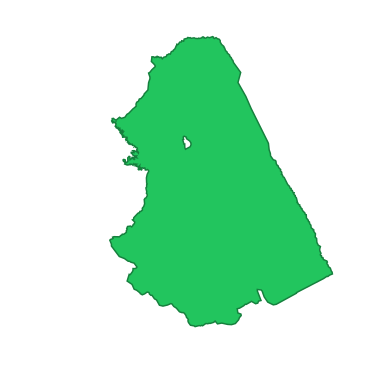 outline of Gokwe South, Midlands, Zimbabwe, rotated 242°
{"feature_id": "62879985B62286453442238", "entity_name": "Gokwe South", "entity_type": "district", "adm_level": 2, "iso_a3": "ZWE", "parent_name": "Zimbabwe", "parent_adm1": "Midlands", "projection": "mercator", "projection_center": [28.824, -18.131], "detail": "fine", "context": "isolated", "style": "filled", "palette": "green", "viewbox_px": 384, "rotation_deg": 242, "n_neighbors": 0, "source": "geoboundaries", "source_scale": "gbopen_adm2", "svg_char_len": 6072}
<svg xmlns="http://www.w3.org/2000/svg" viewBox="0 0 384 384"><g transform="rotate(242 192 192)"><path d="M53.3,213.7L53.6,236.7L54.1,236.9L54.1,239.6L53.8,267.4L54.2,271.5L53.6,272.2L54.0,274.4L53.7,277.5L55.5,278.1L56.9,277.9L59.9,278.4L62.1,277.4L63.6,277.8L65.3,277.5L66.2,277.8L66.5,278.6L67.7,278.7L70.7,276.3L72.6,276.8L73.4,275.8L75.0,276.4L75.6,275.7L76.6,276.0L77.3,277.1L79.9,277.2L81.6,277.9L83.6,279.8L85.8,278.5L88.9,278.6L92.5,280.2L94.3,279.6L97.2,281.4L100.0,281.0L101.3,281.7L101.7,281.1L102.2,281.4L104.5,280.4L106.9,281.4L108.8,281.0L110.4,281.6L111.3,281.0L112.5,281.4L115.3,280.8L118.3,282.2L119.0,281.5L120.9,281.8L122.6,281.1L125.6,280.9L125.8,281.2L126.5,280.7L127.8,280.9L128.9,280.5L129.9,281.1L131.1,280.2L133.3,280.3L133.5,279.9L134.3,280.5L137.8,281.4L139.6,281.0L140.4,281.5L142.1,280.8L143.4,281.8L143.9,280.9L146.3,281.3L146.9,280.4L148.6,281.2L149.3,280.4L151.3,280.7L153.6,280.0L161.7,280.2L162.4,279.6L164.8,279.8L165.6,279.2L166.3,280.1L167.7,280.5L169.0,280.0L170.2,280.8L172.9,280.0L174.9,280.3L175.8,279.7L177.5,279.7L179.9,280.6L180.9,280.3L182.3,278.9L187.0,278.3L189.3,279.3L193.0,279.9L199.0,282.3L200.7,282.4L238.0,283.4L251.1,284.4L267.1,284.0L274.7,291.1L286.9,289.4L289.1,289.9L289.9,289.5L292.1,289.7L294.0,289.1L295.2,289.5L298.2,288.4L299.2,288.7L301.1,288.0L303.9,288.4L304.5,288.1L305.5,288.5L308.4,287.4L311.0,287.3L312.6,288.0L314.4,287.6L315.2,286.5L317.0,285.7L317.0,283.8L317.9,283.3L318.6,283.7L319.5,283.2L320.0,279.9L321.5,278.4L321.4,276.3L322.3,275.0L322.7,275.3L323.8,274.6L323.9,273.7L323.5,273.2L324.0,270.8L324.7,270.2L324.6,269.4L326.1,267.0L327.1,266.3L328.1,263.4L329.2,262.8L329.3,262.0L330.4,260.9L330.0,259.9L330.7,256.9L329.1,255.4L330.4,253.9L329.5,252.9L330.1,251.4L328.8,249.3L329.6,247.9L328.5,247.4L328.5,246.7L326.5,244.3L325.9,242.0L325.4,241.6L325.6,239.6L323.9,237.6L324.8,236.5L324.6,235.6L324.9,234.3L323.7,232.8L324.3,230.2L323.6,228.3L325.6,228.0L325.8,226.6L327.0,226.0L327.1,225.2L327.9,225.2L328.2,224.7L327.6,223.5L328.4,223.0L328.3,222.1L329.5,221.4L330.2,220.1L326.3,217.4L323.1,218.4L321.0,218.8L320.0,218.4L318.8,214.0L317.5,211.1L317.4,209.5L313.2,208.8L311.7,208.0L308.9,205.0L302.8,201.0L301.0,195.8L300.1,195.0L298.5,191.1L298.8,189.1L297.3,187.3L297.2,185.3L296.0,183.9L293.9,182.9L293.1,178.8L291.2,173.1L291.1,171.0L289.5,167.9L290.1,164.3L292.0,163.1L291.1,158.8L292.8,157.5L293.8,157.3L294.3,156.0L292.9,155.3L292.5,154.4L291.0,154.4L291.5,155.4L290.8,155.7L290.1,155.1L289.6,157.4L289.0,156.6L287.8,157.0L286.0,155.1L285.4,155.6L285.0,155.4L285.0,155.9L284.2,155.4L282.7,156.2L283.5,156.2L283.5,157.0L282.4,156.7L282.2,158.2L281.7,158.0L281.3,156.6L280.7,156.7L281.1,157.4L280.8,157.8L279.7,157.1L279.0,158.6L279.5,159.4L278.6,159.8L278.0,159.3L277.9,157.9L277.3,157.6L277.6,156.9L278.3,157.1L278.2,156.4L276.9,156.7L276.9,158.8L275.9,157.0L274.2,157.0L273.7,157.5L274.4,158.0L274.1,158.3L273.3,157.6L273.3,156.6L272.9,156.5L272.1,158.4L270.7,160.3L269.3,159.4L269.5,158.7L270.0,158.7L269.8,158.2L268.4,158.0L268.4,158.7L267.5,159.2L266.7,159.1L266.3,158.6L265.9,159.4L265.0,159.6L264.9,158.7L263.9,158.9L263.9,159.4L263.3,159.6L263.7,160.1L262.4,160.8L262.2,161.7L261.1,161.4L260.2,162.7L259.3,163.0L259.1,162.7L259.1,163.1L258.0,163.5L257.7,163.3L256.9,164.2L255.5,164.0L255.4,163.2L255.0,162.9L252.0,163.3L251.5,162.9L252.6,162.7L254.2,161.5L255.7,160.3L256.2,159.2L254.9,159.6L254.0,159.3L255.6,157.1L255.1,156.6L253.1,157.3L251.9,157.2L250.3,159.0L249.9,160.1L249.2,159.1L248.2,159.3L249.8,157.4L249.4,156.6L247.9,156.7L247.8,156.2L249.2,155.6L250.2,156.0L250.7,155.4L249.9,154.3L249.6,152.5L252.4,153.7L253.0,153.2L252.3,151.3L249.2,149.8L248.7,148.1L249.8,147.4L251.7,148.1L252.8,147.1L252.7,146.2L251.7,145.9L249.1,146.8L248.3,145.7L246.3,147.4L245.5,149.4L245.8,150.4L245.0,150.6L244.8,152.0L243.3,152.5L244.2,153.9L243.0,154.1L243.3,155.1L242.6,156.1L242.5,154.8L241.7,154.2L241.2,155.5L240.6,155.2L239.9,155.8L240.5,156.4L239.6,155.9L239.2,156.2L239.8,158.0L238.6,156.9L238.3,157.8L237.6,158.1L237.1,157.4L237.8,155.8L237.5,155.2L236.7,155.3L236.0,157.3L235.2,157.7L235.3,158.2L236.7,158.2L236.7,159.5L235.7,160.2L235.5,161.4L235.2,161.7L233.4,161.1L232.9,161.9L232.8,163.2L231.5,163.7L230.6,163.5L228.7,160.8L225.9,158.4L221.1,156.1L220.1,156.2L219.9,155.5L217.6,154.2L217.4,153.4L216.6,153.0L213.6,152.2L212.1,151.1L211.1,151.4L209.6,150.6L208.4,148.6L208.5,147.7L207.8,146.3L203.8,144.6L201.9,142.6L201.0,140.5L199.3,139.7L198.9,137.8L199.3,136.9L198.3,135.6L198.7,134.8L198.4,133.6L196.7,128.6L195.2,127.4L195.3,126.4L192.4,127.4L191.1,126.2L190.9,124.8L190.2,124.2L189.5,122.4L190.8,121.7L191.8,118.9L190.4,117.2L189.7,117.4L188.6,115.8L187.2,115.1L186.7,112.0L187.5,110.6L186.9,109.6L187.1,108.8L186.5,106.9L189.2,102.1L189.4,100.7L188.2,100.7L188.0,100.1L188.4,97.6L188.0,96.8L183.9,96.4L182.1,95.5L169.2,97.5L165.0,101.1L160.9,103.1L159.9,104.5L158.7,105.1L156.4,107.5L151.6,108.2L151.1,107.4L151.1,105.9L152.1,104.0L150.5,103.1L149.6,102.0L148.1,98.8L148.1,98.4L148.8,97.9L143.8,92.9L138.6,95.7L133.3,95.3L131.3,97.0L127.4,98.7L126.6,98.6L124.6,99.8L124.3,102.4L124.7,105.4L123.8,106.5L123.2,106.8L121.9,106.5L120.1,107.2L119.6,108.2L115.3,108.7L113.4,110.0L107.3,110.1L104.9,112.8L103.7,117.3L103.4,120.9L102.7,121.7L99.5,122.2L96.8,123.7L92.1,124.7L90.2,126.5L89.5,127.9L88.1,128.4L85.7,128.7L84.2,128.3L81.2,128.9L80.1,127.9L78.4,127.6L75.1,128.1L72.7,131.1L71.7,131.5L70.7,135.6L69.8,136.7L69.7,138.0L68.9,138.6L69.4,142.5L68.2,144.2L68.2,145.1L67.4,146.5L66.7,150.1L67.2,151.8L63.6,152.6L62.3,156.7L58.3,161.4L56.3,164.7L55.5,168.6L57.3,173.2L58.8,174.9L59.8,177.4L61.2,177.9L63.7,175.7L67.7,177.1L67.1,179.6L67.3,184.3L67.9,186.3L67.3,187.2L67.5,193.2L63.5,195.7L63.0,197.9L64.4,199.5L63.8,202.0L73.8,203.2L75.3,203.9L73.0,207.1L71.5,207.4L65.5,206.5L59.2,207.2L54.2,210.8L53.3,213.7ZM232.8,211.7L232.8,206.3L234.6,206.5L237.8,208.1L238.0,207.4L242.5,208.3L242.3,209.3L243.8,209.6L245.0,210.5L244.9,211.3L243.1,212.7L241.6,212.2L238.2,213.9L236.1,214.1L234.4,213.5L232.8,211.7Z" fill="#22c55e" stroke="#15803d" stroke-width="1.5"/></g></svg>